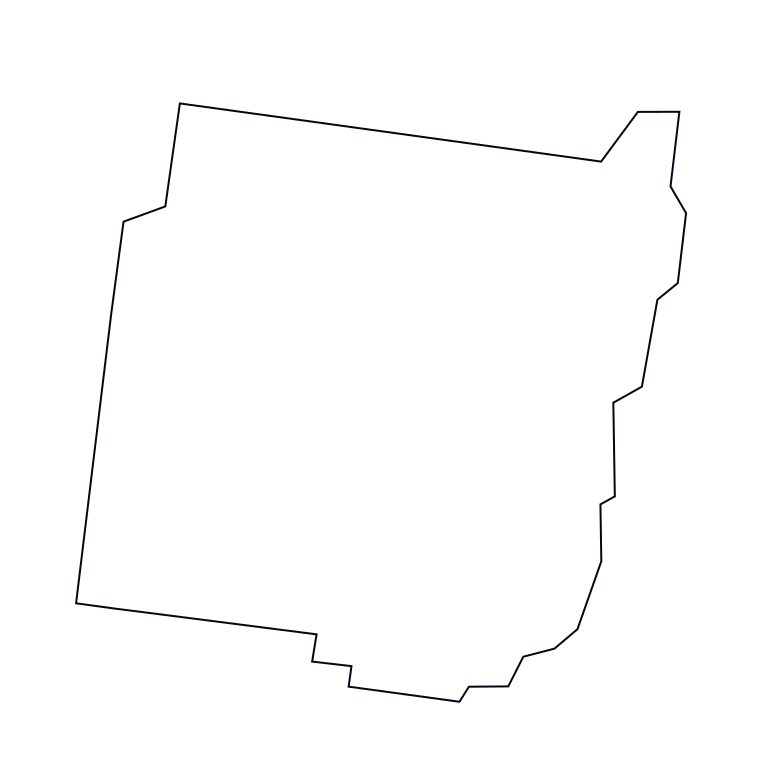 the district of Pike, Georgia, United States of America, rotated 187°
{"feature_id": "52423323B93853380479562", "entity_name": "Pike", "entity_type": "district", "adm_level": 2, "iso_a3": "USA", "parent_name": "United States of America", "parent_adm1": "Georgia", "projection": "equal_earth", "projection_center": [-84.437, 33.09], "detail": "fine", "context": "isolated", "style": "outline", "palette": "ink", "viewbox_px": 768, "rotation_deg": 187, "n_neighbors": 0, "source": "geoboundaries", "source_scale": "gbopen_adm2", "svg_char_len": 509}
<svg xmlns="http://www.w3.org/2000/svg" viewBox="0 0 768 768"><g transform="rotate(187 384 384)"><path d="M182.6,142.1L162.1,164.2L146.7,234.5L154.5,290.9L141.2,300.6L154.1,393.4L127.7,412.8L122.9,501.0L104.7,520.0L105.0,590.4L123.7,615.0L124.0,690.2L165.2,685.0L195.6,631.2L620.8,637.6L622.7,533.6L662.3,513.4L663.3,420.4L662.9,128.8L624.0,128.3L420.4,127.3L421.5,99.7L381.9,100.0L382.2,79.3L270.4,77.8L262.8,93.9L223.8,99.0L212.5,130.3L182.6,142.1Z" fill="none" stroke="#020617" stroke-width="2"/></g></svg>